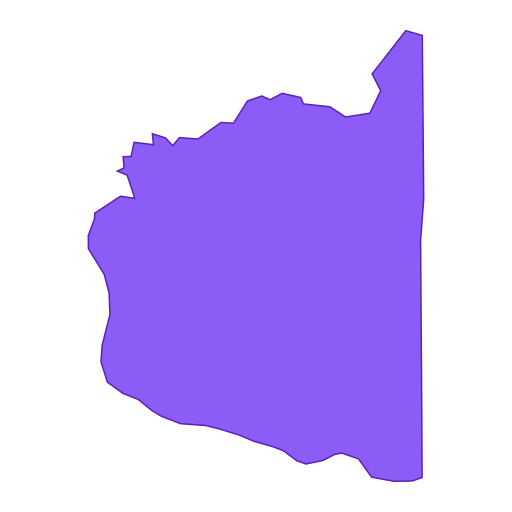 outline of Clark, Washington, United States of America
{"feature_id": "52423323B89011069533198", "entity_name": "Clark", "entity_type": "district", "adm_level": 2, "iso_a3": "USA", "parent_name": "United States of America", "parent_adm1": "Washington", "projection": "orthographic", "projection_center": [-122.549, 45.801], "detail": "fine", "context": "isolated", "style": "filled", "palette": "violet", "viewbox_px": 512, "rotation_deg": 0, "n_neighbors": 0, "source": "geoboundaries", "source_scale": "gbopen_adm2", "svg_char_len": 1020}
<svg xmlns="http://www.w3.org/2000/svg" viewBox="0 0 512 512"><path d="M422.1,477.5L421.8,419.1L420.6,240.7L423.7,199.1L422.3,35.5L405.8,30.7L372.1,73.9L380.7,90.7L369.9,113.2L345.5,117.0L329.9,106.8L303.4,103.9L300.8,97.5L282.2,93.3L270.1,99.7L261.8,96.0L247.4,101.0L233.5,123.2L220.9,122.5L198.0,139.0L179.5,137.6L172.6,145.6L165.5,137.9L152.4,133.8L153.4,144.7L134.1,142.3L131.1,156.4L123.1,156.7L124.1,167.9L117.3,171.1L127.1,175.1L133.4,193.9L134.7,198.4L120.5,196.2L94.7,213.2L94.6,218.7L88.3,235.5L88.4,248.6L104.2,274.3L109.1,293.0L109.4,300.7L109.9,314.7L108.6,319.8L102.2,345.0L101.0,361.8L107.4,382.1L108.3,382.8L123.1,393.5L138.2,399.4L151.8,410.5L161.6,416.4L180.6,423.7L205.8,425.5L216.0,428.1L218.8,428.8L238.0,434.7L239.1,435.0L254.0,441.3L265.2,444.5L273.2,446.8L281.2,449.9L284.0,451.1L296.7,460.7L306.0,464.0L323.1,460.4L328.9,457.4L334.7,454.4L341.7,453.1L358.5,458.8L371.6,477.2L394.0,481.3L411.2,481.0L413.7,480.5L422.1,477.5L422.1,477.5Z" fill="#8b5cf6" stroke="#5b21b6" stroke-width="1.5"/></svg>